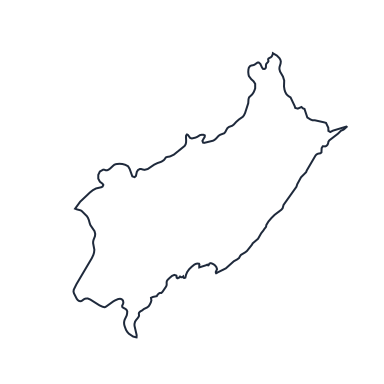 the Region of Coquimbo, rotated 224°
{"feature_id": "CHL-2697", "entity_name": "Coquimbo", "entity_type": "Region", "adm_level": 1, "iso_a3": "CHL", "parent_name": "Chile", "parent_adm1": "", "projection": "mercator", "projection_center": [-70.868, -30.645], "detail": "fine", "context": "isolated", "style": "outline", "palette": "slate", "viewbox_px": 384, "rotation_deg": 224, "n_neighbors": 0, "source": "natural_earth", "source_scale": "10m", "svg_char_len": 4487}
<svg xmlns="http://www.w3.org/2000/svg" viewBox="0 0 384 384"><g transform="rotate(224 192 192)"><path d="M264.5,98.8L265.7,107.4L265.1,120.7L264.6,124.4L263.5,127.9L260.5,132.5L260.1,133.8L260.7,135.5L262.1,135.8L265.4,135.4L268.7,136.5L271.3,139.2L272.5,142.7L271.4,146.4L270.7,147.0L269.0,147.8L268.2,148.6L267.8,149.4L267.5,150.3L267.2,152.1L267.0,155.9L266.8,157.7L266.0,159.3L263.8,161.9L261.5,163.8L258.9,165.2L255.9,166.1L252.9,165.3L245.8,161.8L243.6,162.8L243.5,164.6L245.7,168.2L246.1,170.3L245.5,172.3L244.4,173.3L243.0,174.0L241.5,175.0L239.8,177.8L238.2,185.4L236.9,188.9L235.3,192.0L234.8,193.5L234.4,195.5L234.5,196.8L234.7,197.8L234.8,198.8L234.2,200.0L232.7,202.0L232.3,202.8L231.0,206.3L229.3,220.0L229.7,221.8L230.6,223.4L232.0,225.0L234.4,227.2L235.5,228.6L235.6,229.9L234.6,230.2L230.9,229.6L229.3,230.4L227.3,233.5L226.5,235.4L225.8,238.4L224.7,240.0L223.4,241.2L222.1,241.6L221.1,240.4L220.6,238.1L220.0,236.0L218.3,235.2L217.3,235.9L212.5,243.5L212.0,245.1L211.8,247.1L211.9,250.9L211.5,252.7L209.6,256.7L209.8,258.6L210.4,260.5L210.9,262.6L210.6,264.5L209.1,267.6L208.8,269.5L208.9,273.2L208.6,276.9L207.7,281.4L207.9,283.2L208.7,285.7L213.2,294.9L215.8,298.0L216.7,299.7L216.5,304.0L216.9,306.4L217.7,308.6L218.6,310.5L221.7,313.7L224.6,314.4L227.8,314.3L231.6,314.9L233.0,315.8L234.9,317.4L236.5,319.3L237.5,321.0L237.7,322.9L237.2,324.2L236.3,325.4L235.5,326.9L234.8,330.6L234.0,331.5L231.8,331.6L228.2,330.2L226.4,329.9L225.2,331.0L225.1,332.2L225.5,333.1L226.9,334.6L227.5,335.5L227.6,336.3L227.6,338.2L227.9,339.2L229.4,340.3L229.7,341.0L229.5,341.9L228.9,343.6L228.8,344.5L229.0,345.7L230.0,347.9L230.1,348.0L225.7,349.1L222.0,349.0L220.3,348.5L218.8,347.6L217.5,345.9L215.8,342.6L214.6,341.2L212.3,339.8L206.7,338.2L203.1,336.2L199.1,331.8L196.6,329.9L194.6,328.8L192.2,328.0L190.5,327.9L188.6,328.1L186.8,328.5L178.0,325.2L176.1,324.2L173.8,325.5L172.3,329.2L170.4,329.2L168.8,329.9L160.8,325.7L157.1,326.5L155.2,327.3L153.5,328.9L145.5,333.8L143.6,334.8L138.6,332.9L136.3,330.7L134.2,331.2L133.2,334.1L126.4,346.3L126.0,346.3L126.2,343.0L126.4,341.9L127.4,339.6L127.5,335.3L129.1,324.5L128.8,322.9L128.1,321.9L127.6,320.9L127.3,319.7L127.4,318.4L127.8,317.4L128.6,316.7L129.3,316.1L129.7,315.7L129.2,313.6L126.4,310.4L126.5,309.1L127.9,307.2L128.5,305.6L128.5,304.1L124.4,287.2L123.7,285.6L123.8,278.3L121.7,270.7L120.5,268.3L117.2,246.4L115.5,243.2L115.4,241.3L116.7,233.1L116.8,228.4L116.5,223.8L115.6,219.9L115.2,219.3L114.8,218.8L114.5,218.1L114.3,215.8L113.9,213.8L113.6,210.5L112.0,204.2L112.7,197.1L112.3,196.0L111.5,187.7L111.8,185.6L113.1,180.8L112.9,179.2L112.3,177.2L112.7,174.8L113.8,171.3L114.6,160.6L117.8,151.7L118.0,150.6L118.2,150.3L118.8,150.5L119.4,151.1L120.4,153.9L122.3,154.9L124.4,155.2L126.2,155.0L128.3,154.3L129.3,153.6L129.7,152.6L129.5,151.6L129.2,150.8L129.4,150.4L130.6,150.3L131.0,149.1L134.4,142.8L135.5,143.9L136.3,145.0L137.1,145.3L138.5,144.2L139.4,142.8L139.9,141.3L140.3,138.0L140.4,134.5L139.9,131.2L138.8,128.3L137.3,125.8L137.7,124.9L138.3,124.5L138.9,124.5L139.7,125.1L139.8,124.3L140.1,123.7L140.5,123.2L141.9,122.9L141.9,122.3L141.7,121.7L142.0,121.0L142.3,120.5L142.3,120.1L142.6,119.8L143.5,119.7L143.8,119.9L144.7,120.8L145.2,121.0L147.1,120.1L148.1,117.8L148.4,114.8L148.5,111.9L148.2,110.4L147.5,109.4L145.9,107.8L145.3,106.9L144.9,105.6L143.9,99.8L143.9,98.1L144.7,97.4L145.2,96.7L145.4,95.2L145.3,93.6L145.0,92.6L147.2,89.4L148.0,87.4L147.0,86.6L145.9,85.8L144.9,83.9L144.2,81.7L143.8,79.7L144.1,77.7L145.3,74.5L145.7,71.7L146.1,70.7L146.3,69.5L146.2,68.3L145.7,67.5L144.4,66.5L143.8,65.5L143.4,63.2L143.3,61.2L142.9,59.2L141.7,57.1L140.4,55.8L132.4,50.6L130.9,48.9L131.0,48.8L134.0,47.1L139.0,46.2L141.4,46.4L143.7,47.0L147.1,48.6L148.6,49.5L150.0,50.7L151.0,52.0L151.7,53.3L153.2,57.8L154.2,59.4L155.6,61.1L157.0,61.7L158.5,61.7L161.0,61.0L162.0,60.8L162.6,61.1L163.2,61.6L163.5,62.4L163.7,63.1L164.0,63.9L164.7,64.9L166.3,66.0L168.2,66.0L169.6,65.2L170.8,63.6L172.0,60.7L172.6,58.7L174.1,50.5L174.4,49.2L174.8,48.4L176.7,47.3L179.8,46.2L190.4,44.0L193.0,43.0L194.3,41.7L195.1,40.3L195.4,38.8L195.6,37.5L195.9,36.6L196.5,35.8L197.7,35.1L199.1,34.9L200.7,35.1L206.5,37.1L208.0,38.0L209.2,39.6L211.1,45.5L218.1,74.8L219.3,78.3L220.4,80.4L222.1,82.6L227.6,86.5L228.6,87.6L229.5,89.0L231.1,92.8L232.5,94.6L234.9,96.1L242.1,97.6L244.1,98.6L246.6,100.1L248.8,101.1L250.8,101.6L258.1,101.7L258.8,101.6L259.8,101.2L262.8,99.5L264.5,98.8L264.5,98.8Z" fill="none" stroke="#1e293b" stroke-width="2"/></g></svg>